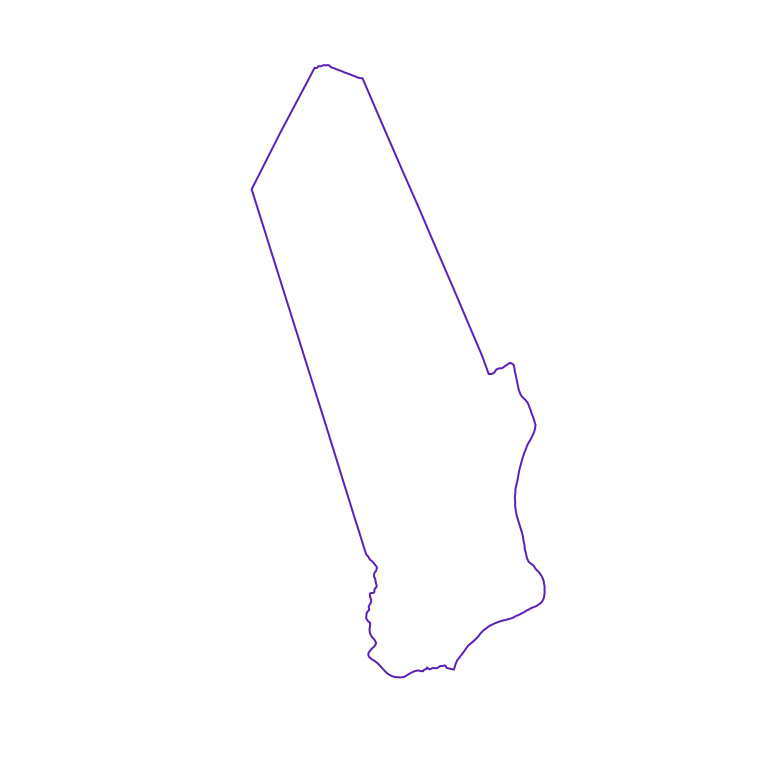 the district of Juruti, Pará, Brazil, rotated 132°
{"feature_id": "56859067B6848818390929", "entity_name": "Juruti", "entity_type": "district", "adm_level": 2, "iso_a3": "BRA", "parent_name": "Brazil", "parent_adm1": "Pará", "projection": "albers", "projection_center": [-56.071, -2.648], "detail": "fine", "context": "isolated", "style": "outline", "palette": "violet", "viewbox_px": 768, "rotation_deg": 132, "n_neighbors": 0, "source": "geoboundaries", "source_scale": "gbopen_adm2", "svg_char_len": 3034}
<svg xmlns="http://www.w3.org/2000/svg" viewBox="0 0 768 768"><g transform="rotate(132 384 384)"><path d="M311.3,246.9L309.3,250.2L308.3,252.0L307.0,254.8L305.7,256.9L302.6,262.9L301.9,264.6L301.2,268.4L301.1,272.5L300.5,275.3L299.6,277.2L297.8,280.5L288.9,292.5L287.0,295.4L285.1,297.5L283.0,300.5L283.5,303.7L284.2,304.6L286.6,305.3L289.2,305.9L293.5,306.9L295.4,309.0L298.0,310.2L301.5,309.7L304.4,310.5L306.5,312.9L297.6,329.6L295.0,335.1L284.3,358.2L274.9,378.3L270.1,388.6L256.8,417.5L248.6,435.4L242.2,449.3L229.7,476.1L215.6,507.5L212.4,514.6L187.6,568.9L173.0,600.6L171.2,604.6L172.4,606.0L172.9,607.0L173.5,607.9L174.5,610.4L174.8,611.5L175.9,614.1L176.7,616.7L179.0,622.1L179.7,624.6L182.1,630.2L182.5,632.0L183.4,633.6L184.0,635.6L184.0,638.1L184.6,639.2L186.5,640.8L187.1,641.9L188.2,642.6L190.5,643.8L191.2,644.9L192.3,645.5L193.6,645.2L194.9,646.1L195.5,647.1L197.1,646.7L205.4,644.6L270.2,628.3L273.0,627.5L327.9,612.6L455.0,397.1L475.2,363.2L505.4,312.4L507.6,308.5L518.1,290.8L522.5,283.3L522.8,280.1L523.7,277.8L523.9,276.4L523.7,274.9L523.9,272.4L524.7,267.4L525.4,266.1L526.9,265.6L527.8,264.9L530.5,264.7L531.7,264.3L532.9,263.4L533.9,262.4L534.2,261.1L534.8,260.2L536.0,258.5L537.5,256.6L538.2,255.2L539.3,254.0L540.5,253.7L541.8,253.9L543.8,253.2L544.7,252.1L546.0,252.0L546.9,252.6L548.0,253.8L549.4,254.0L550.7,252.8L552.0,251.1L552.9,249.0L555.5,247.4L559.4,246.6L560.3,245.6L561.7,243.8L564.6,243.9L566.1,243.4L569.6,240.9L570.2,240.0L571.0,236.8L570.7,234.9L571.6,233.6L572.7,232.9L573.5,232.2L575.4,231.0L576.8,229.9L577.7,228.8L578.5,227.7L579.6,225.4L580.4,222.3L580.1,221.1L581.6,216.7L583.2,215.9L586.1,215.6L587.8,215.9L591.8,215.9L594.4,215.5L595.9,214.3L596.6,213.0L596.8,211.6L596.6,207.7L596.1,205.9L595.8,202.4L596.1,197.3L596.8,191.0L596.8,186.9L596.0,183.3L594.7,180.2L591.9,176.4L589.9,174.3L587.9,172.9L581.8,171.1L577.7,169.5L576.1,168.5L573.9,166.9L572.7,164.3L571.8,163.7L571.2,162.7L569.8,163.0L567.0,161.8L566.0,162.2L565.6,159.2L562.9,157.9L561.8,157.2L561.4,156.1L559.3,154.3L556.1,153.5L554.7,152.4L554.2,151.4L552.6,150.8L552.4,149.1L553.0,147.8L552.7,146.8L550.0,141.7L549.2,141.0L544.7,143.2L541.2,144.5L539.9,144.8L537.8,144.9L531.1,145.4L522.1,146.4L516.1,145.5L510.3,145.0L508.5,145.0L504.7,145.4L500.6,145.2L493.5,143.8L492.1,143.3L487.5,141.4L482.1,138.6L476.0,134.4L473.8,133.1L471.7,131.9L468.6,130.9L466.5,129.8L460.0,127.3L456.4,126.3L454.8,125.5L452.6,124.9L446.7,122.0L441.4,120.9L439.3,121.0L435.7,122.2L433.5,123.6L430.7,125.8L429.7,126.9L427.5,128.7L425.6,131.0L424.8,132.2L423.8,133.1L422.5,135.5L421.7,137.2L421.2,138.6L420.2,142.7L420.0,147.5L419.1,150.4L418.9,152.1L419.1,153.6L419.4,157.4L417.6,161.4L412.1,169.4L409.8,171.7L407.6,174.8L405.1,177.8L402.9,180.8L392.8,197.6L388.4,203.2L386.1,205.7L384.3,207.2L382.9,208.5L380.0,211.5L377.4,213.2L373.9,216.2L366.9,220.0L357.9,225.6L346.9,231.2L341.7,233.5L338.2,234.7L335.1,236.0L332.5,236.9L327.5,237.9L320.6,239.8L316.6,241.6L313.1,243.9L311.3,246.9Z" fill="none" stroke="#5b21b6" stroke-width="2"/></g></svg>